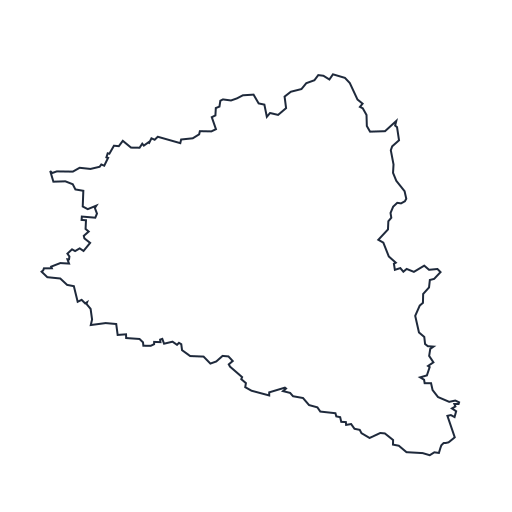 Prilep, Prilep, North Macedonia, rotated 4°
{"feature_id": "65306769B638558710054", "entity_name": "Prilep", "entity_type": "district", "adm_level": 2, "iso_a3": "MKD", "parent_name": "North Macedonia", "parent_adm1": "Prilep", "projection": "robinson", "projection_center": [21.661, 41.283], "detail": "fine", "context": "isolated", "style": "outline", "palette": "slate", "viewbox_px": 512, "rotation_deg": 4, "n_neighbors": 0, "source": "geoboundaries", "source_scale": "gbopen_adm2", "svg_char_len": 3164}
<svg xmlns="http://www.w3.org/2000/svg" viewBox="0 0 512 512"><g transform="rotate(4 256 256)"><path d="M351.7,96.6L346.3,92.8L337.5,76.9L332.3,72.1L320.1,69.4L316.9,74.8L310.7,71.5L305.5,71.2L302.0,76.6L294.1,80.1L289.7,86.3L279.3,89.7L273.4,95.0L275.7,106.4L268.2,113.7L260.0,112.4L257.1,116.4L253.8,104.4L248.0,103.6L242.3,95.2L231.7,96.6L226.0,100.1L220.2,102.6L212.1,102.1L209.6,103.6L209.1,109.5L205.6,111.2L205.7,118.6L202.2,120.6L207.2,132.3L202.8,134.8L191.3,135.4L190.8,138.6L184.7,143.0L173.2,145.0L172.6,148.7L149.7,143.9L146.8,147.1L143.5,145.9L141.1,151.6L142.0,149.1L136.4,153.7L134.7,151.9L132.3,156.1L123.8,156.6L115.1,150.4L111.5,156.0L106.6,155.9L102.6,164.2L100.9,163.9L99.9,168.0L101.6,168.4L98.3,176.5L95.3,175.5L93.8,177.9L84.8,180.7L73.9,180.3L67.4,184.6L51.4,185.5L46.9,187.4L44.8,185.6L48.7,196.0L60.6,194.8L68.2,197.2L71.2,202.2L79.2,203.0L79.7,218.7L84.9,221.0L93.2,216.9L91.9,219.3L94.4,224.8L93.0,229.0L79.5,228.8L79.5,232.2L83.9,232.2L84.1,240.9L87.4,243.3L82.8,247.9L83.6,250.4L89.6,254.5L83.6,263.0L79.6,260.7L75.2,263.7L72.0,262.2L67.7,266.8L69.9,269.5L69.7,272.4L68.1,272.4L70.0,276.6L61.3,276.7L52.4,280.9L53.2,282.5L45.3,283.1L44.7,285.2L43.2,286.6L49.3,291.7L62.3,292.1L69.6,298.0L76.4,298.8L81.3,314.1L85.1,311.9L88.9,315.2L90.7,313.9L90.2,315.6L94.7,320.3L96.9,330.8L96.0,336.4L110.7,333.4L121.3,333.6L123.5,344.4L131.8,343.2L132.2,346.9L145.6,346.9L149.3,350.0L149.9,353.4L157.3,352.9L160.5,351.1L160.4,348.8L166.7,348.6L166.2,346.1L168.3,345.2L170.4,349.9L178.7,347.3L183.4,350.1L185.2,348.0L187.6,349.2L188.8,355.1L197.3,360.4L210.7,360.0L218.0,366.5L223.7,364.0L229.6,358.0L235.5,358.1L240.1,362.4L236.4,366.0L237.8,368.2L250.6,377.8L249.9,379.9L254.8,383.5L254.4,387.6L260.9,390.7L278.9,394.2L278.7,391.1L294.0,385.3L295.2,386.1L292.4,388.9L299.6,390.2L302.7,393.3L312.8,394.4L319.3,401.0L327.8,402.7L331.0,406.7L346.2,407.3L347.3,410.4L351.2,410.9L352.6,415.5L357.2,415.4L357.7,418.2L362.6,417.0L366.3,421.5L371.6,422.2L373.6,425.4L382.0,429.6L392.3,423.9L396.9,424.0L405.6,430.0L405.8,434.6L411.7,435.3L419.8,441.2L436.0,441.0L443.2,442.6L447.6,439.4L452.2,439.7L453.3,434.8L454.1,431.9L456.2,429.5L458.3,429.3L461.0,428.5L461.5,428.1L465.8,424.1L466.9,423.0L458.1,402.1L461.5,401.1L465.3,402.8L466.5,396.9L462.1,394.4L465.4,392.2L464.2,389.8L468.4,389.5L468.8,387.8L464.9,386.3L458.9,388.0L447.4,384.0L441.5,377.4L439.5,370.7L433.1,371.1L432.3,367.7L428.2,365.6L434.8,363.2L437.0,354.7L435.3,353.7L440.4,349.7L435.7,343.6L436.3,336.5L439.4,334.0L433.7,334.0L430.8,332.0L429.5,325.0L423.9,320.9L419.0,304.6L422.8,294.0L425.8,291.1L425.4,282.2L430.8,275.3L431.1,267.8L435.3,266.4L441.2,259.2L437.9,256.3L429.6,257.7L424.5,253.9L414.6,260.8L407.2,258.4L404.1,261.4L400.8,258.0L395.5,260.1L394.1,254.1L395.9,252.9L388.5,247.2L382.1,233.8L376.9,231.3L385.8,220.3L385.6,212.1L388.3,208.4L387.2,203.7L389.4,197.2L393.2,193.1L397.0,193.4L400.7,191.0L401.9,188.4L399.7,181.0L390.7,171.2L386.9,163.5L386.8,155.1L383.1,141.1L384.2,137.1L390.6,130.6L387.7,117.6L385.7,116.2L386.5,111.5L376.0,122.5L361.1,124.0L357.5,118.6L356.4,107.6L352.2,101.2L349.3,100.0L351.7,96.6Z" fill="none" stroke="#1e293b" stroke-width="2"/></g></svg>